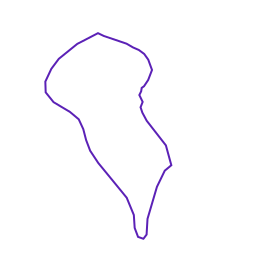 an SVG outline of Brežice, rotated 143°
{"feature_id": "SVN-938", "entity_name": "Brežice", "entity_type": "Municipality", "adm_level": 1, "iso_a3": "SVN", "parent_name": "Slovenia", "parent_adm1": "", "projection": "orthographic", "projection_center": [15.611, 45.93], "detail": "fine", "context": "isolated", "style": "outline", "palette": "violet", "viewbox_px": 256, "rotation_deg": 143, "n_neighbors": 0, "source": "natural_earth", "source_scale": "10m", "svg_char_len": 677}
<svg xmlns="http://www.w3.org/2000/svg" viewBox="0 0 256 256"><g transform="rotate(143 128 128)"><path d="M182.4,30.3L185.5,35.0L182.8,44.2L175.7,55.0L171.1,72.7L171.0,72.9L171.7,91.0L172.8,118.0L171.9,132.6L168.7,143.6L164.4,154.0L162.1,164.6L164.7,175.8L171.9,193.4L172.3,206.0L166.1,214.8L153.6,221.4L141.6,224.9L117.9,225.7L94.9,221.8L94.8,221.6L91.9,216.0L78.4,196.2L75.5,189.3L72.4,183.8L70.5,177.4L70.7,170.4L73.9,159.9L83.0,154.2L90.1,151.7L92.9,151.8L95.4,149.4L99.1,147.5L100.6,140.0L105.5,137.0L107.3,131.6L108.7,122.5L108.2,91.3L115.8,72.2L124.3,71.8L140.3,63.6L167.1,43.7L177.3,31.7L182.2,30.3L182.4,30.3Z" fill="none" stroke="#5b21b6" stroke-width="2"/></g></svg>